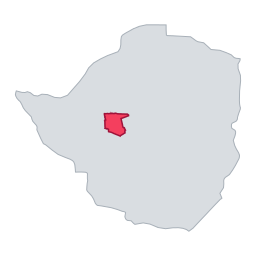 location of Nkayi, Matabeleland North, Zimbabwe
{"feature_id": "62879985B68584159333685", "entity_name": "Nkayi", "entity_type": "district", "adm_level": 2, "iso_a3": "ZWE", "parent_name": "Zimbabwe", "parent_adm1": "Matabeleland North", "projection": "orthographic", "projection_center": [28.451, -18.923], "detail": "fine", "context": "in_parent", "style": "filled", "palette": "rose", "viewbox_px": 256, "rotation_deg": 0, "n_neighbors": 0, "source": "geoboundaries", "source_scale": "gbopen_adm2", "svg_char_len": 4622}
<svg xmlns="http://www.w3.org/2000/svg" viewBox="0 0 256 256"><path d="M188.9,231.2L186.4,229.5L182.9,228.3L178.5,227.7L172.7,227.8L165.6,228.7L158.0,227.5L150.0,224.1L143.2,222.9L135.1,224.3L134.8,224.3L133.4,223.2L131.2,220.8L127.5,220.4L126.5,219.8L125.7,218.9L125.2,217.8L124.9,216.6L125.6,212.6L125.2,212.2L124.3,211.7L122.2,211.3L117.4,209.5L111.3,207.7L101.3,205.9L97.5,205.4L96.6,204.8L95.4,203.4L93.5,198.9L91.7,195.9L87.4,191.3L86.7,189.9L86.9,186.3L87.2,183.3L87.7,180.8L87.4,178.5L87.4,175.6L87.5,173.6L86.9,172.8L85.4,172.2L80.9,172.0L75.5,172.1L75.3,169.2L74.8,164.6L73.8,162.0L72.5,160.6L70.0,159.2L65.0,157.3L58.1,154.4L52.2,150.1L45.5,144.7L43.4,143.7L40.8,138.6L36.9,129.9L37.1,127.0L36.5,125.5L32.8,121.3L31.9,119.1L31.3,116.8L25.3,110.6L23.3,107.8L21.7,104.3L20.1,101.5L18.8,100.4L17.1,98.5L15.9,96.3L15.4,94.7L15.8,92.5L16.3,90.9L21.9,92.4L25.0,92.5L27.4,91.7L30.3,92.7L33.9,95.5L37.8,96.0L41.9,94.2L47.5,94.6L54.6,97.4L60.5,97.9L67.5,95.3L73.7,88.2L79.5,81.6L85.2,74.0L88.7,67.8L93.8,62.8L100.6,58.9L107.5,55.6L118.0,51.7L120.1,48.4L120.8,44.8L120.9,39.8L121.4,36.6L122.5,35.1L124.3,33.9L126.6,32.5L133.5,28.7L139.4,26.3L146.5,24.8L154.3,24.8L161.8,24.9L166.1,24.9L166.1,29.7L166.4,35.1L167.2,35.6L172.8,35.8L181.9,36.3L190.6,36.8L196.1,40.8L197.9,41.7L203.7,42.8L211.0,49.5L219.8,50.3L225.9,52.5L231.2,54.8L234.2,57.6L236.2,58.3L238.9,58.5L240.2,58.8L239.9,60.7L238.0,64.0L238.1,68.7L240.4,75.3L240.6,80.9L239.6,90.9L239.4,100.6L239.6,104.1L240.0,106.4L240.4,107.6L240.3,109.1L238.8,113.1L237.5,117.3L237.4,119.0L236.9,120.2L236.0,121.3L232.1,123.2L231.5,124.4L231.4,126.6L231.9,128.4L233.3,129.2L235.0,130.3L235.6,131.7L235.6,133.1L235.0,135.8L233.3,140.3L234.7,145.5L236.3,148.9L238.6,152.8L239.5,155.2L239.4,157.0L239.0,158.6L235.3,165.6L232.7,169.9L229.4,174.6L225.3,177.4L224.2,178.8L223.7,180.5L223.8,184.0L223.5,187.7L219.9,193.3L221.9,198.2L221.4,198.7L220.3,199.3L215.1,204.7L209.9,210.2L206.2,214.2L201.9,218.7L197.1,223.8L193.0,228.2L188.9,231.2Z" fill="#d9dde1" stroke="#a8b0b8" stroke-width="1"/><path d="M124.9,132.9L124.9,132.6L125.0,132.3L124.8,132.0L124.8,131.9L124.8,131.2L125.0,131.1L125.0,130.9L124.9,130.8L125.0,130.5L125.1,130.3L125.1,130.2L125.3,130.1L125.2,130.0L125.2,129.7L125.0,129.3L124.9,129.2L124.8,128.9L124.6,128.8L124.6,128.7L124.4,128.4L124.4,128.2L124.2,128.1L124.1,127.9L124.2,127.7L123.9,127.5L123.6,127.6L123.4,127.5L123.2,127.4L123.0,127.2L122.9,127.0L122.7,126.1L122.6,125.7L122.5,125.2L122.5,124.9L122.4,124.8L122.4,124.6L122.3,124.1L122.2,123.6L122.1,123.4L121.9,122.3L121.6,121.2L121.4,120.2L121.2,119.3L121.0,118.5L122.1,118.2L122.6,118.0L124.8,117.2L125.5,116.9L125.9,116.8L126.8,116.4L127.1,116.3L127.9,115.9L128.5,115.8L128.6,115.1L127.9,114.5L127.7,114.3L127.4,114.1L127.1,114.1L125.1,114.1L124.8,114.1L124.2,114.0L123.1,114.0L122.1,114.0L121.0,113.9L119.9,113.9L117.6,113.8L117.4,113.8L117.0,113.6L116.8,113.6L116.7,113.5L116.5,113.4L116.4,113.4L116.1,113.4L115.8,113.3L115.7,113.2L115.4,113.2L115.1,113.2L115.0,113.3L114.9,113.3L114.7,113.5L114.4,113.5L114.3,113.4L114.2,113.4L113.8,113.5L113.7,113.5L113.4,113.5L113.1,113.6L112.9,113.5L112.7,113.5L112.5,113.3L112.3,113.4L112.2,113.4L111.9,113.5L111.6,113.4L111.5,113.5L111.4,113.5L111.3,113.4L111.3,113.5L111.2,113.5L111.1,113.4L111.0,113.5L110.9,113.5L110.7,113.5L110.4,113.5L110.2,113.6L109.9,113.6L109.7,113.5L109.4,113.6L109.2,113.6L108.9,113.6L108.7,113.7L108.4,113.7L108.1,113.6L107.8,113.5L107.7,113.5L107.7,113.4L107.7,113.5L107.4,113.5L107.2,113.6L106.9,113.6L106.7,113.6L106.4,113.6L106.2,113.6L105.8,113.7L105.7,113.7L105.5,113.8L105.4,113.8L105.3,113.7L105.2,113.7L104.9,113.6L104.7,113.6L104.4,113.6L104.3,113.8L104.3,114.1L104.4,114.5L104.5,115.0L104.6,115.5L104.6,115.8L104.7,116.1L104.7,116.3L104.8,116.5L105.0,116.7L105.1,116.8L105.0,117.0L104.9,117.1L104.8,117.3L104.9,117.5L105.0,117.6L105.3,118.2L105.3,118.3L105.2,118.5L105.3,118.8L105.4,119.0L105.4,119.3L105.2,119.5L105.3,119.6L105.2,119.6L105.2,119.8L105.3,119.9L105.3,120.0L105.2,120.3L105.1,120.5L104.9,120.6L104.7,120.7L104.6,120.8L104.7,121.0L104.9,121.5L104.9,122.9L104.9,123.8L105.0,126.8L105.1,127.2L105.1,127.9L105.1,128.1L105.0,128.3L105.3,128.4L105.5,128.5L105.8,128.5L106.2,128.6L106.3,128.6L106.5,128.7L106.6,128.8L106.7,128.7L106.8,128.8L106.9,128.7L107.0,128.7L107.0,128.8L107.3,128.9L107.5,129.0L107.8,129.0L108.0,129.1L108.5,129.3L108.5,130.9L108.6,131.7L110.4,132.1L111.0,132.2L112.5,132.8L113.8,133.5L114.7,133.8L116.3,134.5L117.7,135.0L119.1,135.6L120.0,136.0L120.0,135.9L122.0,134.7L122.3,134.5L122.9,134.2L123.6,133.7L124.8,132.9L124.9,132.9Z" fill="#f43f5e" stroke="#9f1239" stroke-width="1.5"/></svg>